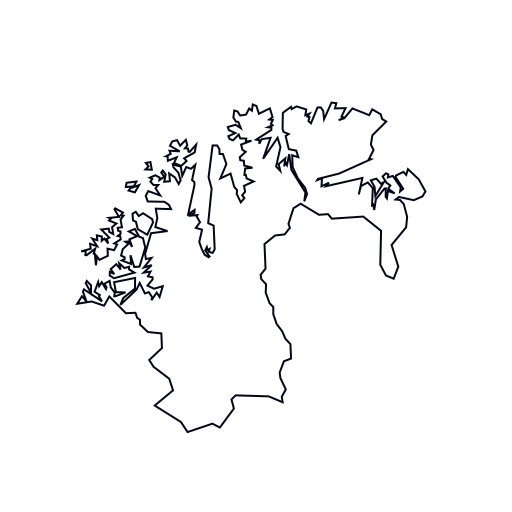 Finnmark, orthographic projection, rotated 331°
{"feature_id": "NOR-1062", "entity_name": "Finnmark", "entity_type": "County", "adm_level": 1, "iso_a3": "NOR", "parent_name": "Norway", "parent_adm1": "", "projection": "orthographic", "projection_center": [25.614, 69.86], "detail": "fine", "context": "isolated", "style": "outline", "palette": "ink", "viewbox_px": 512, "rotation_deg": 331, "n_neighbors": 0, "source": "natural_earth", "source_scale": "10m", "svg_char_len": 6159}
<svg xmlns="http://www.w3.org/2000/svg" viewBox="0 0 512 512"><g transform="rotate(331 256 256)"><path d="M365.4,342.6L360.2,336.0L360.5,323.8L377.6,294.6L368.9,273.5L340.4,260.1L339.3,254.3L331.1,250.5L320.4,231.9L311.9,232.4L300.0,243.6L299.3,247.8L291.5,251.0L282.7,247.3L269.2,249.7L258.2,271.7L251.0,274.6L249.4,278.6L251.1,285.6L246.7,292.8L245.0,303.9L246.4,309.0L242.9,315.3L241.1,325.5L242.4,334.5L241.6,342.7L243.4,349.8L236.9,362.7L229.4,361.6L220.3,369.3L218.2,374.4L217.4,387.1L210.3,391.6L208.4,396.8L199.0,384.9L170.6,368.0L165.0,369.6L162.7,378.7L141.2,388.5L136.6,381.5L110.8,376.8L109.9,364.9L94.9,337.7L118.3,333.3L120.6,321.3L112.7,303.3L112.2,295.2L129.1,290.9L135.7,277.8L124.6,270.1L121.3,259.8L123.6,255.5L122.1,252.5L123.0,247.2L114.5,243.0L108.1,220.3L99.0,225.8L90.2,216.1L76.5,211.1L84.3,206.8L85.7,213.5L87.4,203.2L89.4,201.8L99.3,221.0L99.1,215.0L100.4,214.4L97.5,209.0L105.4,202.2L104.2,206.4L108.4,204.1L108.7,212.2L110.1,210.9L109.9,206.8L115.9,206.8L113.8,212.9L114.7,219.7L112.5,222.5L113.9,223.1L124.3,224.6L115.9,219.7L119.2,210.1L139.6,216.6L134.4,225.8L119.5,228.4L113.7,233.0L135.4,227.4L141.2,223.2L140.7,234.9L144.7,235.6L145.2,241.9L143.1,244.0L151.4,239.9L151.8,245.1L159.8,237.2L151.0,235.2L146.7,229.3L154.3,226.3L155.2,224.5L151.6,221.4L156.2,218.5L149.7,216.1L160.4,213.4L152.4,211.7L163.6,207.0L158.2,205.3L160.1,200.3L175.3,185.2L190.7,191.3L182.0,181.9L188.0,175.1L191.3,166.0L204.4,173.8L204.6,169.0L202.2,164.2L187.7,155.8L188.7,150.0L193.2,147.0L201.6,156.6L200.9,148.0L204.9,146.5L200.8,144.2L199.7,139.8L202.6,138.3L201.0,136.0L207.1,136.6L209.8,140.7L208.3,142.8L214.1,142.2L213.7,137.0L215.9,136.1L216.6,140.8L211.7,146.6L217.0,148.9L220.1,141.7L223.2,147.9L223.3,155.6L226.7,153.3L228.5,145.5L226.8,138.2L227.6,135.6L233.6,141.4L230.3,150.2L238.1,144.4L241.4,148.2L247.1,146.8L236.9,158.6L237.9,161.6L236.6,164.1L216.9,186.6L224.6,185.9L223.0,188.5L216.4,188.1L224.6,191.8L223.3,192.6L223.4,199.3L217.0,202.2L221.6,206.8L213.2,216.2L211.9,223.9L211.7,229.9L213.9,234.1L215.1,234.0L214.3,226.5L217.3,224.4L216.5,227.3L218.8,227.3L216.8,229.5L219.6,232.3L223.1,230.1L233.7,208.9L230.1,204.1L249.9,175.5L252.7,164.1L271.6,138.3L275.6,140.5L275.8,144.8L273.6,149.0L276.5,150.8L274.7,161.2L262.4,170.9L273.7,171.6L270.5,184.9L271.3,189.3L269.2,192.4L268.7,201.7L273.9,199.7L273.3,196.2L277.6,194.5L279.6,188.8L290.1,189.7L285.4,183.6L286.4,180.2L285.2,179.5L288.9,174.2L295.7,177.1L289.6,171.2L291.5,166.8L288.7,164.6L289.7,161.7L297.5,159.9L295.6,156.6L297.0,151.3L307.9,153.0L302.6,150.9L304.4,148.6L299.2,145.5L299.8,141.4L292.1,143.7L289.6,140.9L289.9,137.8L297.5,138.5L293.3,132.7L293.9,129.5L301.8,131.4L304.7,136.8L305.5,130.1L303.7,128.9L303.3,124.0L307.5,118.2L309.9,120.6L310.2,125.4L315.8,127.5L321.5,123.7L322.9,126.9L326.6,121.9L329.1,125.0L327.5,133.0L339.7,133.6L337.8,142.6L333.8,143.1L336.6,145.2L333.1,147.6L333.9,149.7L328.9,149.2L331.7,151.2L330.5,153.2L312.6,154.3L315.1,156.4L313.3,159.4L317.7,156.6L326.0,159.7L309.4,174.4L332.2,163.1L330.2,172.6L317.0,187.5L318.5,193.3L320.4,186.6L329.0,184.8L324.1,191.3L327.2,188.5L327.2,191.5L334.4,183.0L328.7,197.8L330.0,224.5L324.7,231.6L330.7,226.6L332.0,220.2L330.2,208.4L331.2,195.9L336.5,185.5L340.9,190.1L342.3,183.4L336.5,178.4L340.1,165.4L343.7,165.2L340.2,160.7L341.0,157.5L348.9,143.8L359.0,142.5L358.4,144.8L364.1,144.9L371.0,152.2L367.4,156.8L371.8,157.4L368.5,159.0L370.1,160.4L367.3,163.5L368.4,166.6L381.8,155.9L384.7,157.5L385.1,161.6L381.9,169.3L396.4,158.4L400.3,161.3L396.6,165.2L406.0,170.1L398.4,175.5L400.0,177.6L394.1,177.3L400.0,178.3L411.9,173.7L423.3,187.7L428.8,184.1L433.8,192.6L432.7,197.3L435.1,201.5L416.3,206.9L410.5,214.2L410.2,220.3L402.0,225.8L403.5,227.1L368.7,224.2L347.6,218.6L346.3,219.3L351.4,220.0L347.1,226.8L355.3,227.3L351.0,228.9L386.9,239.3L375.7,252.0L381.7,245.7L389.4,245.9L391.1,253.2L382.1,267.9L383.4,267.8L381.7,273.1L388.3,264.6L401.1,259.3L402.3,259.8L398.1,267.1L398.4,269.1L402.9,263.1L407.6,268.4L404.2,261.2L407.7,259.4L405.6,255.2L405.3,247.8L409.8,246.7L411.3,248.7L409.4,251.2L414.5,252.3L415.8,266.2L413.4,269.4L417.3,268.6L416.4,254.4L417.6,253.5L425.7,253.9L426.7,257.9L431.0,253.7L435.5,267.8L435.5,281.7L430.4,284.6L421.1,283.7L409.7,273.7L405.5,274.3L409.1,276.8L410.4,282.2L407.2,295.0L401.2,303.7L379.9,312.1L375.3,334.3L365.4,342.6ZM126.5,184.0L117.3,183.5L116.7,179.3L111.5,186.5L116.1,176.0L115.2,175.2L118.8,171.7L108.2,173.2L107.2,172.5L109.6,169.0L105.3,167.2L114.9,169.5L116.8,164.9L121.8,170.4L121.2,161.4L124.9,165.2L126.8,160.8L130.6,164.2L128.4,167.9L131.8,167.2L132.8,173.4L133.8,168.7L136.6,168.8L133.5,157.8L140.5,160.7L139.3,163.8L141.8,167.6L144.1,161.0L149.7,159.9L144.6,153.7L147.1,153.0L146.0,151.4L155.1,155.4L154.9,146.5L156.0,146.1L160.7,153.5L157.2,154.9L159.7,156.5L155.2,158.5L152.7,165.9L148.7,164.3L147.7,167.2L149.4,168.7L148.2,171.0L144.9,171.5L146.8,173.0L145.7,175.9L138.2,176.3L140.1,178.6L134.7,182.1L129.7,177.6L126.5,184.0ZM165.8,185.6L163.2,195.0L149.0,208.8L144.2,206.6L146.6,194.5L142.8,202.3L136.4,194.8L139.6,195.0L140.5,193.5L138.2,190.2L142.8,185.4L150.3,183.5L148.7,180.2L151.7,181.5L152.1,188.0L153.4,180.1L161.7,181.0L156.7,172.9L163.2,173.6L163.2,182.5L165.8,185.6ZM248.4,132.8L257.6,129.6L252.5,135.7L240.5,135.7L241.3,139.3L234.2,140.9L229.4,134.9L234.5,131.2L225.1,130.0L227.0,126.0L225.8,125.2L230.9,125.3L231.4,122.0L240.0,127.5L234.2,117.9L238.2,115.2L243.1,116.4L243.1,122.7L250.9,120.4L249.6,125.8L246.0,127.4L248.7,129.0L247.5,131.9L248.4,132.8ZM178.0,163.9L183.1,173.5L182.1,176.8L171.2,184.7L165.6,175.2L167.6,167.9L165.7,165.2L168.5,159.2L172.3,159.0L172.8,164.2L178.0,163.9ZM138.4,206.0L141.6,211.6L121.0,206.6L118.6,202.1L120.5,199.0L123.3,203.1L122.5,197.1L129.9,195.4L131.0,202.2L132.8,196.0L135.1,202.7L139.8,203.9L138.4,206.0ZM400.3,253.3L403.5,253.4L389.4,261.5L393.2,253.1L393.1,245.5L398.8,246.7L400.3,253.3ZM182.1,136.4L188.1,137.3L180.9,141.6L176.3,137.0L180.9,134.9L175.6,132.6L178.3,129.2L187.5,132.9L182.1,136.4ZM95.9,195.8L97.5,201.8L93.8,208.2L93.9,197.2L95.9,195.8ZM209.2,122.7L206.7,130.0L201.3,126.7L205.5,125.5L204.8,121.2L209.2,122.7Z" fill="none" stroke="#020617" stroke-width="2"/></g></svg>